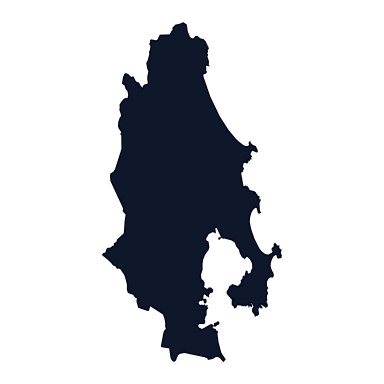 the district of Song Cau, Phú Yên, Vietnam
{"feature_id": "81297802B65581648571900", "entity_name": "Song Cau", "entity_type": "district", "adm_level": 2, "iso_a3": "VNM", "parent_name": "Vietnam", "parent_adm1": "Phú Yên", "projection": "equal_earth", "projection_center": [109.244, 13.527], "detail": "fine", "context": "isolated", "style": "filled", "palette": "ink", "viewbox_px": 384, "rotation_deg": 0, "n_neighbors": 0, "source": "geoboundaries", "source_scale": "gbopen_adm2", "svg_char_len": 6054}
<svg xmlns="http://www.w3.org/2000/svg" viewBox="0 0 384 384"><path d="M175.4,360.0L176.3,357.1L178.0,354.3L179.4,353.2L184.3,352.2L204.6,356.5L208.1,357.8L208.4,359.1L212.6,358.2L215.5,356.3L217.4,356.0L220.0,357.2L223.4,361.0L224.8,359.4L220.6,353.0L217.9,342.7L216.7,333.8L217.2,331.9L216.7,331.3L215.6,331.7L215.1,329.7L214.4,330.0L213.8,329.1L212.4,328.7L212.0,327.6L212.3,325.3L211.3,324.8L210.2,325.2L203.0,329.4L201.6,329.6L198.8,328.3L197.3,326.0L198.1,324.1L199.1,323.1L203.3,323.4L204.4,322.8L204.4,320.3L203.5,319.2L204.5,318.2L204.7,316.4L205.8,315.0L205.9,310.2L207.3,308.1L206.3,307.7L206.8,306.1L205.2,306.3L204.3,305.3L203.1,306.4L201.9,305.3L200.6,305.9L198.5,304.8L197.9,302.9L198.1,301.7L200.2,299.8L201.1,300.2L202.7,299.6L204.1,300.0L204.7,302.6L205.5,302.5L205.9,301.6L205.6,299.5L203.5,299.7L202.4,298.9L202.9,294.8L204.1,293.6L205.3,293.6L206.9,295.5L208.3,296.2L208.1,295.1L209.7,292.5L212.2,291.8L212.0,291.4L212.5,290.0L210.6,288.2L209.1,288.2L207.8,289.8L205.1,288.7L203.7,287.5L203.2,286.3L203.7,285.2L203.9,282.9L202.6,280.8L201.5,281.1L202.1,280.4L201.1,279.9L200.4,277.6L200.3,274.4L201.9,269.3L201.8,264.0L202.4,259.4L204.4,254.5L208.0,249.3L208.6,247.2L207.9,242.1L206.0,241.0L205.3,239.7L205.5,238.4L208.1,233.6L212.7,231.3L215.1,232.2L214.5,227.7L215.9,227.0L217.2,227.5L222.0,237.3L223.4,238.0L224.0,237.7L231.5,239.6L235.4,242.1L236.8,246.0L239.6,249.4L240.5,253.0L242.5,256.7L244.7,258.1L246.6,255.8L248.3,256.6L250.8,259.4L252.6,262.9L252.9,264.6L253.0,268.6L251.7,270.7L251.3,273.0L250.2,273.9L248.3,274.3L247.0,273.4L247.0,271.7L246.4,271.4L245.6,274.4L245.7,277.1L244.8,277.7L244.1,277.2L244.0,276.4L243.4,276.7L243.0,279.1L241.4,280.7L241.8,281.7L241.1,283.6L241.7,284.0L241.2,285.2L240.1,285.7L239.9,285.0L238.7,286.3L237.6,286.7L232.5,284.9L229.8,287.0L229.1,289.0L227.4,291.6L227.4,293.5L231.7,298.6L232.5,298.8L232.8,298.3L233.9,299.1L233.9,300.5L233.4,299.2L232.5,300.1L232.4,304.2L232.6,304.9L233.7,305.5L234.8,307.6L235.6,307.3L236.7,305.0L238.1,304.1L238.8,304.7L240.5,304.7L243.1,305.5L243.8,305.4L244.5,304.3L245.6,305.6L248.0,304.3L248.7,304.7L249.0,305.8L249.5,304.5L250.2,304.5L250.7,305.8L251.3,306.1L251.5,305.1L250.3,304.3L249.6,302.9L250.0,302.3L252.4,303.0L253.9,305.3L254.3,306.9L252.9,308.7L252.8,311.3L253.6,312.8L254.5,313.1L255.2,315.2L255.6,314.1L256.3,314.2L256.5,315.2L257.1,315.2L258.4,313.9L257.6,309.5L258.4,307.2L259.7,306.5L260.6,307.5L261.7,307.6L261.6,306.9L260.0,305.5L260.2,303.9L261.3,303.4L261.8,304.3L262.9,304.7L263.0,305.4L263.2,304.7L264.0,305.6L264.3,305.0L265.2,305.5L265.3,306.3L265.9,306.2L265.9,306.8L266.6,306.5L266.7,305.3L267.1,305.4L267.0,304.3L266.0,303.9L266.3,303.2L265.7,303.3L265.4,301.8L266.4,300.6L266.5,299.2L265.8,298.4L266.2,297.9L266.4,295.4L267.3,293.3L266.4,290.7L266.5,288.9L267.4,288.1L266.3,286.3L266.1,281.7L267.8,278.5L268.9,277.3L270.2,276.6L272.5,276.8L273.2,275.3L272.5,272.8L271.3,271.0L269.9,266.5L270.0,263.3L271.1,259.4L273.0,255.9L275.5,254.2L277.2,254.7L277.6,257.0L278.2,257.8L280.8,257.4L281.1,255.7L280.0,252.8L280.8,250.2L278.5,248.4L278.6,246.2L277.3,246.6L275.0,243.7L274.4,244.5L274.7,246.4L272.4,248.6L272.3,249.7L273.4,251.7L272.5,253.1L268.5,255.4L265.4,254.8L263.8,254.0L261.0,251.7L258.8,248.9L253.9,239.2L250.7,230.0L249.6,225.3L249.0,221.5L249.4,217.0L251.1,211.5L253.4,208.4L255.2,207.1L256.3,207.0L257.5,208.0L258.5,212.7L259.0,212.9L260.2,212.4L259.2,211.2L258.7,203.0L260.0,200.1L258.4,199.8L258.1,198.7L258.7,198.3L258.7,196.7L257.2,196.4L256.5,194.5L255.4,194.0L255.3,192.9L253.9,193.1L254.2,192.0L248.8,190.5L248.6,189.2L247.2,187.0L246.3,187.4L245.8,186.3L243.6,187.2L242.8,186.5L240.5,173.8L240.7,172.0L242.1,171.3L243.2,168.4L242.0,167.1L242.9,163.1L243.6,162.1L247.2,162.6L247.8,161.5L247.8,159.8L248.5,159.6L249.3,160.1L250.1,158.4L250.7,158.5L250.4,157.5L251.1,156.3L249.5,154.2L251.2,150.8L252.6,149.9L256.3,151.6L256.9,151.7L257.2,151.1L255.3,146.7L252.4,145.6L250.6,143.8L250.2,144.1L249.8,142.2L249.4,142.7L249.8,145.5L247.5,146.9L244.8,146.6L243.3,145.9L238.5,142.3L235.1,139.0L227.8,130.2L219.1,116.6L209.7,97.0L202.7,76.7L202.7,74.8L203.2,73.5L205.1,73.2L206.1,72.2L205.4,70.1L205.5,68.1L205.0,66.1L206.5,64.9L208.3,65.4L207.9,64.5L208.3,62.2L208.0,60.7L206.6,56.7L207.3,54.8L206.3,53.1L207.3,51.8L206.9,50.6L208.1,48.3L205.1,41.8L203.2,39.8L200.1,39.1L197.1,36.6L195.7,36.8L194.1,38.8L192.9,39.2L191.2,38.7L189.4,37.5L187.1,31.8L186.1,25.0L183.2,23.0L179.3,24.7L176.0,25.2L173.2,27.9L173.1,28.8L173.6,30.1L172.1,31.4L170.2,35.1L160.3,35.4L157.6,40.8L154.9,40.9L151.3,40.1L150.8,40.5L150.8,42.5L150.0,43.9L151.1,45.8L151.1,46.9L150.6,50.2L149.8,51.9L150.0,54.4L148.3,60.8L147.0,63.1L147.9,68.3L149.1,71.6L148.1,76.3L148.0,79.5L148.5,82.4L148.1,84.3L144.5,85.3L143.5,86.6L143.0,88.7L142.2,88.8L139.4,85.1L138.6,83.3L135.5,82.1L133.0,77.2L131.0,77.8L128.1,74.9L126.1,73.9L125.1,74.2L123.8,77.1L122.7,83.3L125.2,85.1L126.2,88.5L128.2,90.9L128.9,94.7L128.3,98.6L125.5,98.8L124.3,99.4L121.6,102.5L120.2,105.0L120.5,107.2L120.1,109.6L121.9,115.3L121.4,116.9L120.4,118.0L119.0,122.0L118.7,126.0L119.2,127.9L122.3,132.3L121.1,134.0L122.0,134.9L122.2,148.9L115.7,169.5L114.1,172.0L110.9,174.2L110.8,177.0L111.1,180.8L123.9,208.4L123.5,211.1L126.4,214.3L125.4,220.8L124.6,232.2L124.4,233.7L117.7,239.9L117.0,242.4L114.8,243.6L114.4,246.0L112.6,246.7L110.8,248.3L107.9,248.6L107.1,249.3L106.1,252.9L103.4,253.9L102.9,254.9L108.0,259.0L111.6,262.4L113.5,264.9L115.7,265.4L117.3,268.0L119.6,267.9L120.7,268.5L124.6,274.1L125.8,277.0L127.7,284.7L127.6,289.5L128.5,292.4L133.7,294.2L135.5,297.0L137.3,297.5L137.6,298.7L137.2,301.3L138.8,307.2L147.6,310.2L148.4,310.1L149.7,305.1L163.4,313.8L165.0,317.8L166.0,322.8L165.9,326.5L166.7,329.0L164.7,331.2L164.1,333.0L161.6,346.1L161.8,346.5L169.8,347.7L171.2,357.3L171.8,359.0L173.4,360.9L174.2,360.9L175.4,360.0ZM218.6,323.7L218.5,322.3L217.4,322.2L216.7,323.2L214.8,323.6L214.6,325.2L214.1,325.8L214.9,326.0L216.0,325.4L216.6,324.6L218.6,323.7ZM219.2,238.9L219.9,238.4L220.1,237.9L219.0,238.2L219.2,238.9Z" fill="#0f172a" stroke="#020617" stroke-width="1.5"/></svg>